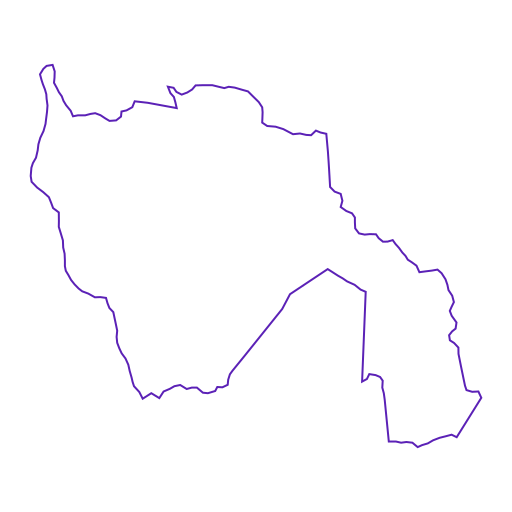 Itapajé, Ceará, Brazil (Albers equal-area conic projection)
{"feature_id": "56859067B91483000258384", "entity_name": "Itapajé", "entity_type": "district", "adm_level": 2, "iso_a3": "BRA", "parent_name": "Brazil", "parent_adm1": "Ceará", "projection": "albers", "projection_center": [-39.573, -3.737], "detail": "fine", "context": "isolated", "style": "outline", "palette": "violet", "viewbox_px": 512, "rotation_deg": 0, "n_neighbors": 0, "source": "geoboundaries", "source_scale": "gbopen_adm2", "svg_char_len": 2820}
<svg xmlns="http://www.w3.org/2000/svg" viewBox="0 0 512 512"><path d="M481.3,397.8L478.4,391.5L472.2,391.8L466.5,390.1L465.0,385.7L463.5,378.5L461.0,366.4L459.6,359.4L458.5,353.9L458.4,347.6L454.1,343.0L449.9,340.3L449.1,335.2L452.1,331.4L455.6,328.6L456.5,322.5L451.7,315.8L449.8,310.9L451.6,306.8L453.9,302.1L452.2,295.7L448.5,290.1L447.4,284.8L445.5,279.3L441.6,273.2L437.5,269.6L431.8,270.6L426.1,271.3L419.4,272.2L416.5,265.7L411.7,262.2L407.8,259.7L405.5,255.9L402.3,252.5L399.0,247.9L395.5,244.0L392.7,240.1L387.6,241.6L383.0,241.7L378.7,238.2L376.0,234.3L369.8,234.1L364.7,234.6L359.0,233.4L355.2,228.4L354.9,222.3L354.9,217.5L352.0,213.3L346.3,211.0L340.7,207.0L342.4,200.8L340.7,193.9L334.6,191.6L330.1,187.0L329.1,169.7L328.6,161.7L327.9,151.5L326.3,133.8L320.5,132.5L315.9,130.6L311.1,135.2L306.2,134.9L300.0,133.5L293.0,134.2L283.3,129.1L275.6,126.7L267.2,126.0L262.2,122.6L262.4,118.0L262.6,112.2L262.2,107.3L258.8,102.1L252.5,95.9L248.0,91.4L242.2,89.8L234.7,87.6L228.7,86.8L224.3,88.1L218.8,86.8L212.3,85.2L202.7,85.2L195.6,85.4L192.1,89.5L187.3,92.5L181.7,94.6L176.4,91.9L173.6,87.8L167.9,86.7L170.4,93.1L173.9,97.0L175.4,102.4L176.7,108.1L147.8,102.8L134.7,101.3L132.3,107.2L126.5,110.4L121.5,111.5L121.0,116.6L116.1,120.4L109.5,120.9L105.3,118.4L100.5,115.2L95.2,113.2L90.6,113.9L85.3,115.3L78.1,115.3L73.0,116.3L70.7,110.8L66.1,105.2L63.5,100.9L61.8,96.3L58.9,92.2L56.9,88.1L54.0,82.8L54.5,77.7L54.7,71.4L52.6,64.9L46.6,65.9L43.4,68.8L40.0,74.3L41.5,79.9L42.9,84.2L44.9,89.3L46.3,94.2L46.6,98.7L47.5,105.5L47.0,112.0L46.1,119.0L45.5,124.0L43.5,131.1L40.3,137.8L38.4,144.3L37.7,150.3L36.0,157.7L32.9,163.1L31.4,167.7L30.7,176.0L31.6,181.8L37.2,187.6L43.2,192.1L48.9,197.2L51.1,202.7L53.1,208.1L58.8,212.4L58.9,221.2L58.8,226.9L60.5,232.4L62.9,240.4L63.2,247.6L64.6,253.7L64.9,260.4L64.9,266.2L65.8,270.8L68.3,274.9L71.1,280.0L74.6,284.4L78.6,288.5L82.2,291.3L88.3,293.6L94.9,297.3L100.3,297.1L106.0,297.9L107.5,303.2L109.4,308.0L113.3,312.1L114.5,317.8L115.8,323.9L117.2,330.7L116.6,336.9L117.2,342.8L119.3,348.3L121.7,353.4L125.5,358.5L128.3,364.7L129.7,371.0L131.6,377.6L132.6,381.9L134.0,386.2L139.3,392.0L142.7,398.7L151.3,393.2L159.3,398.1L163.6,391.5L169.9,388.8L174.4,386.2L180.2,385.0L186.7,389.0L191.8,387.6L196.9,387.6L202.9,392.7L207.9,393.2L215.2,391.0L217.3,387.0L222.4,387.3L227.7,384.8L228.2,379.7L229.9,374.3L232.5,370.7L244.3,356.2L282.2,309.0L290.0,294.2L327.7,269.1L331.8,271.7L338.0,275.7L342.6,278.3L347.1,281.4L354.6,284.8L360.6,289.6L365.7,291.8L362.1,381.6L366.9,379.0L369.3,374.1L375.6,375.1L380.1,377.0L382.7,380.7L382.3,387.6L383.8,393.2L384.7,399.7L388.8,441.5L395.8,441.5L401.1,442.7L406.4,442.0L412.4,442.7L417.7,447.1L422.1,445.1L427.8,443.4L433.1,440.3L439.6,437.8L445.6,436.3L451.6,434.7L456.7,437.2L481.3,397.8Z" fill="none" stroke="#5b21b6" stroke-width="2"/></svg>